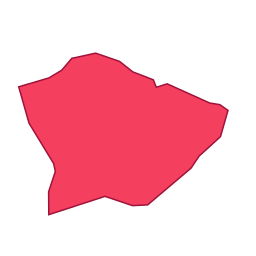 Budapest, Robinson projection, rotated 351°
{"feature_id": "HUN-3160", "entity_name": "Budapest", "entity_type": "Capital City", "adm_level": 1, "iso_a3": "HUN", "parent_name": "Hungary", "parent_adm1": "", "projection": "robinson", "projection_center": [19.116, 47.483], "detail": "fine", "context": "isolated", "style": "filled", "palette": "rose", "viewbox_px": 256, "rotation_deg": 351, "n_neighbors": 0, "source": "natural_earth", "source_scale": "10m", "svg_char_len": 450}
<svg xmlns="http://www.w3.org/2000/svg" viewBox="0 0 256 256"><g transform="rotate(351 128 128)"><path d="M107.7,49.0L130.1,60.9L141.5,73.3L160.6,84.4L162.3,92.2L173.6,90.5L212.4,116.0L222.4,119.3L229.5,126.3L218.0,151.0L193.9,166.8L184.0,177.5L135.4,207.0L120.3,205.4L94.5,191.9L36.2,201.2L39.6,178.6L49.4,159.6L49.0,151.5L31.0,107.8L26.5,70.2L57.5,66.2L71.5,60.6L83.4,50.4L107.7,49.0Z" fill="#f43f5e" stroke="#9f1239" stroke-width="1.5"/></g></svg>